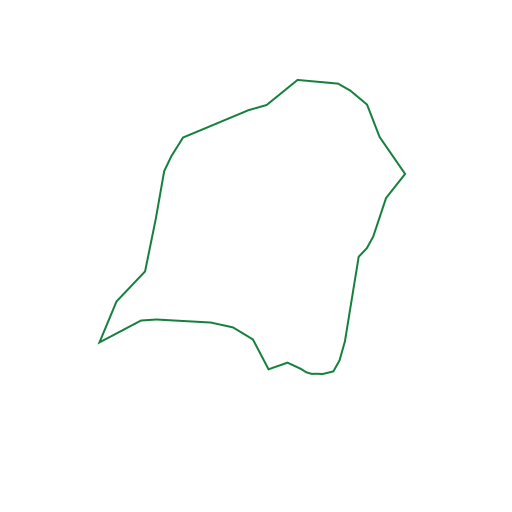 the Statistical Region of Dolenjske Toplice, rotated 55°
{"feature_id": "SVN-249", "entity_name": "Dolenjske Toplice", "entity_type": "Statistical Region", "adm_level": 1, "iso_a3": "SVN", "parent_name": "Slovenia", "parent_adm1": "", "projection": "natural_earth1", "projection_center": [15.054, 45.708], "detail": "fine", "context": "isolated", "style": "outline", "palette": "green", "viewbox_px": 512, "rotation_deg": 55, "n_neighbors": 0, "source": "natural_earth", "source_scale": "10m", "svg_char_len": 579}
<svg xmlns="http://www.w3.org/2000/svg" viewBox="0 0 512 512"><g transform="rotate(55 256 256)"><path d="M274.3,86.8L283.1,116.2L307.3,148.8L313.2,160.8L315.5,172.3L376.9,232.1L389.4,247.4L394.9,258.8L390.9,269.1L387.5,273.5L384.6,277.9L380.0,281.6L374.4,283.9L361.4,291.4L356.0,310.7L322.6,306.4L301.3,315.8L284.5,331.3L250.9,374.0L242.9,387.2L237.0,433.8L213.2,396.3L205.0,355.7L168.1,316.8L133.8,282.5L125.6,267.9L117.1,247.8L132.2,178.6L138.4,160.7L135.6,121.0L161.9,89.9L174.9,83.8L195.7,78.2L229.4,86.5L274.3,86.8Z" fill="none" stroke="#15803d" stroke-width="2"/></g></svg>